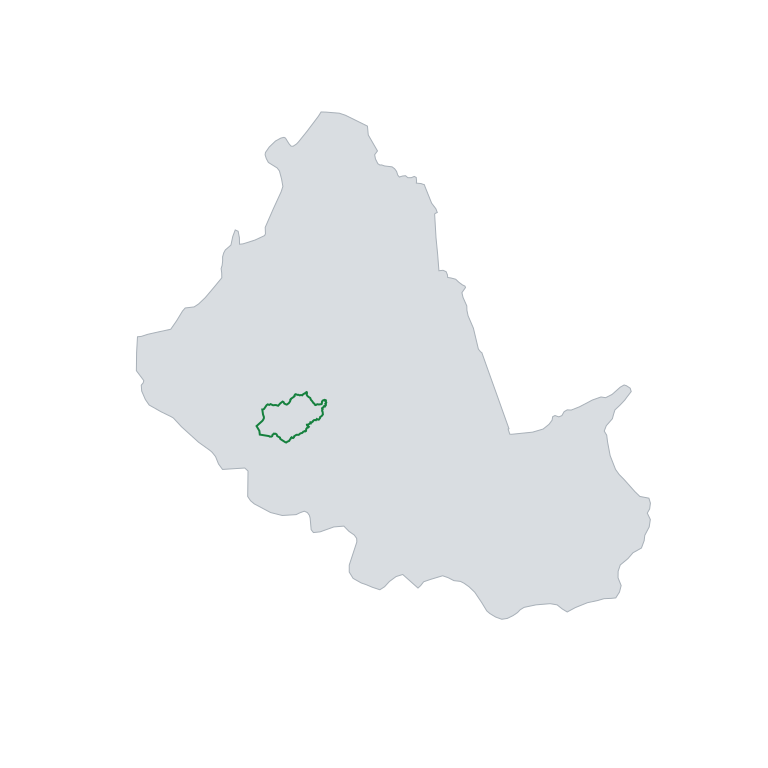 Bam, Bam, Burkina Faso shown in context, rotated 251°
{"feature_id": "67063806B14953893434288", "entity_name": "Bam", "entity_type": "district", "adm_level": 2, "iso_a3": "BFA", "parent_name": "Burkina Faso", "parent_adm1": "Bam", "projection": "natural_earth1", "projection_center": [-1.611, 13.44], "detail": "medium", "context": "in_parent", "style": "outline", "palette": "green", "viewbox_px": 768, "rotation_deg": 251, "n_neighbors": 0, "source": "geoboundaries", "source_scale": "gbopen_adm2", "svg_char_len": 5064}
<svg xmlns="http://www.w3.org/2000/svg" viewBox="0 0 768 768"><g transform="rotate(251 384 384)"><path d="M557.5,487.0L539.4,487.9L532.8,490.1L528.8,490.2L528.7,488.3L528.2,487.2L505.4,480.8L489.4,477.0L473.2,472.8L472.3,476.8L470.0,479.3L466.5,479.5L464.0,478.9L462.4,481.9L459.7,485.9L456.0,487.8L452.3,490.3L450.2,492.4L448.7,492.5L445.0,487.4L440.1,486.9L430.9,487.7L426.7,486.4L421.1,485.7L407.7,486.7L386.3,484.6L382.9,485.8L381.9,486.7L360.8,486.9L337.5,487.2L318.1,487.4L301.0,487.6L301.0,486.7L295.6,486.6L294.9,488.3L290.1,508.8L289.6,519.8L292.1,526.8L295.0,531.1L298.2,532.9L298.5,535.4L296.0,538.6L296.2,541.9L299.2,545.3L299.9,548.8L298.4,552.5L298.8,561.5L301.0,575.7L301.1,584.9L298.9,589.1L299.9,596.3L304.1,606.4L304.9,610.7L303.4,612.7L299.9,615.4L296.4,615.3L292.3,609.1L290.4,606.4L287.1,600.1L284.3,593.9L280.5,591.1L276.8,588.6L272.2,580.6L267.8,576.9L263.1,577.9L256.4,576.5L242.7,574.5L227.9,575.1L221.8,576.9L215.8,579.8L200.5,586.2L194.4,589.3L189.8,597.3L184.6,597.1L179.4,594.5L176.2,590.9L169.2,591.7L162.5,588.2L156.0,581.3L151.2,579.0L145.1,574.0L143.4,564.5L139.5,557.8L136.0,548.5L130.7,544.4L124.6,542.2L116.2,542.6L110.6,538.9L106.3,533.5L107.4,528.8L109.4,522.1L109.7,515.6L111.0,505.2L110.3,492.1L108.8,483.0L113.4,479.2L118.8,475.8L122.2,469.6L125.7,455.8L127.2,443.7L126.2,439.3L124.4,435.8L123.0,430.6L122.2,424.3L123.2,418.8L127.3,413.7L132.4,409.4L136.0,407.3L145.6,405.2L157.6,402.0L164.6,398.4L169.6,394.8L172.5,392.0L175.3,386.1L180.0,381.6L183.6,377.0L184.1,364.3L184.1,357.1L181.5,353.1L180.0,349.7L197.8,339.7L198.0,332.7L195.5,324.8L192.1,318.5L190.8,313.1L195.7,306.7L200.1,301.8L203.3,297.7L210.3,291.5L217.5,289.9L224.1,292.2L243.5,306.9L246.9,307.9L250.9,306.7L256.1,302.9L262.7,299.8L265.2,290.0L265.0,275.5L266.5,268.9L270.0,267.7L281.2,270.5L284.1,270.7L287.4,269.7L289.7,267.2L289.6,262.5L289.1,258.4L292.8,245.0L299.4,234.9L312.9,222.3L317.1,219.8L322.0,218.5L346.0,227.1L349.9,225.0L355.8,203.5L362.3,201.5L370.2,201.1L375.3,199.3L377.9,197.8L389.3,189.7L409.5,178.6L420.4,173.8L422.5,172.0L430.3,164.2L440.6,155.1L447.1,153.3L456.2,152.6L461.9,154.1L463.5,156.7L465.4,158.0L477.2,154.2L494.2,160.3L508.9,166.3L508.0,170.1L507.9,176.8L506.7,187.5L505.2,200.2L511.3,208.5L518.6,217.3L520.6,220.8L518.7,229.6L520.0,234.7L523.9,243.2L530.4,254.1L537.2,265.2L541.8,266.7L546.2,267.6L548.9,269.6L552.9,271.5L556.8,272.8L560.2,275.2L562.4,277.6L565.2,284.5L572.8,289.1L578.1,293.5L575.9,295.8L569.4,294.9L563.2,292.9L562.4,296.3L562.1,308.9L563.2,319.4L564.6,320.8L570.8,322.7L585.7,336.4L599.2,349.3L603.7,352.7L611.2,353.9L619.5,354.5L623.1,353.3L631.1,346.8L635.4,346.1L639.4,346.2L641.5,347.3L645.4,352.6L649.1,360.6L650.1,366.5L649.8,369.7L648.6,370.9L642.0,372.4L639.1,373.6L638.4,375.4L639.4,379.4L640.7,381.9L648.0,393.5L658.5,409.1L661.7,413.1L659.9,417.8L654.6,429.9L650.7,435.0L633.2,452.3L624.6,450.2L606.5,453.7L603.8,449.8L599.6,449.2L594.3,449.9L592.4,451.4L591.9,453.1L590.0,455.5L586.7,462.3L584.1,464.1L580.9,465.1L577.0,465.0L574.7,465.9L574.6,469.3L573.9,472.2L571.3,473.7L570.2,477.0L570.4,480.2L568.8,481.7L565.4,480.9L563.4,480.0L561.5,484.2L559.2,487.1L557.5,487.0Z" fill="#d9dde1" stroke="#a8b0b8" stroke-width="1"/><path d="M361.1,275.9L362.1,276.9L362.6,277.9L363.4,278.5L363.7,279.4L362.9,279.8L362.5,280.5L362.9,281.5L363.8,282.0L364.4,284.3L364.4,285.0L363.7,286.8L364.5,288.8L364.4,290.9L365.2,292.2L365.1,293.1L365.3,293.6L364.8,294.1L365.0,295.0L366.8,295.8L367.6,297.0L367.6,298.4L368.0,299.0L369.8,297.8L370.6,297.9L370.3,299.4L370.8,300.8L370.6,301.6L371.2,301.6L371.8,302.0L371.6,302.4L371.1,302.3L371.1,302.8L371.7,304.5L372.0,304.6L372.6,305.9L372.4,307.1L371.9,307.8L372.8,309.1L372.0,309.7L371.5,310.7L372.6,312.4L373.5,312.8L374.0,314.6L375.1,316.3L377.6,316.9L378.8,316.7L380.0,317.7L380.7,317.3L381.1,317.5L381.4,317.7L381.6,319.1L382.4,319.7L382.5,320.8L382.1,321.0L382.4,321.4L382.8,320.8L383.3,322.3L384.2,322.5L384.7,322.3L384.9,322.8L384.6,322.8L385.3,323.4L386.8,323.3L387.2,322.9L387.4,323.7L387.6,323.7L388.4,322.6L388.3,320.7L387.6,319.7L385.5,318.7L385.3,318.4L385.8,315.8L386.6,314.3L386.3,312.6L386.5,312.2L387.1,311.8L388.1,311.8L388.9,311.1L391.1,310.5L393.0,309.7L394.8,309.7L396.4,308.4L397.9,307.6L399.2,307.4L400.4,308.2L401.3,308.4L401.6,308.1L400.9,305.9L400.7,304.4L399.9,303.0L400.6,302.0L400.7,300.6L401.7,299.5L401.9,298.6L403.1,297.2L403.1,296.7L402.4,295.7L401.8,295.6L401.8,295.2L401.3,294.8L400.3,291.2L399.8,290.5L399.5,290.6L399.2,290.1L398.2,289.6L396.9,287.8L396.2,285.6L396.3,285.1L397.9,283.4L399.7,283.1L400.4,282.4L399.5,279.7L397.9,276.8L399.2,275.1L399.6,274.0L400.0,272.2L401.9,270.2L401.6,268.7L402.6,267.4L402.2,266.1L399.5,262.5L399.3,261.3L399.5,260.6L394.6,259.7L391.9,259.7L390.8,259.3L389.6,258.2L388.7,256.9L385.7,249.8L380.3,250.9L376.6,250.1L372.2,258.3L371.5,258.7L370.9,260.4L371.1,261.3L372.4,262.2L372.6,263.5L372.9,263.9L372.5,264.3L372.3,265.3L371.2,266.1L369.5,266.1L367.2,268.2L366.1,268.0L365.2,268.5L360.9,271.9L360.5,272.6L360.9,273.6L361.1,275.9Z" fill="none" stroke="#15803d" stroke-width="2"/></g></svg>